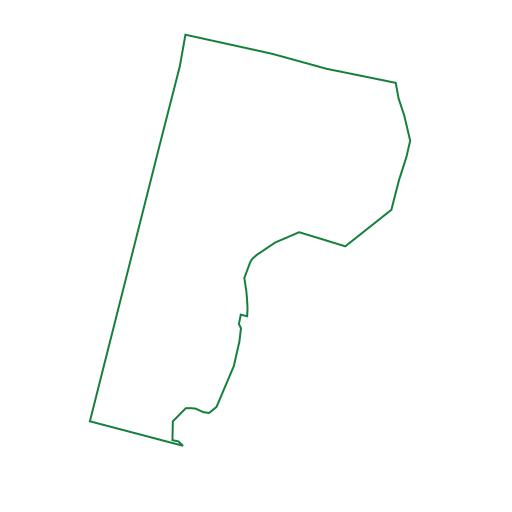 the district of Wahkiakum, Washington, United States of America, rotated 284°
{"feature_id": "52423323B48044581252464", "entity_name": "Wahkiakum", "entity_type": "district", "adm_level": 2, "iso_a3": "USA", "parent_name": "United States of America", "parent_adm1": "Washington", "projection": "equal_earth", "projection_center": [-123.489, 46.265], "detail": "fine", "context": "isolated", "style": "outline", "palette": "green", "viewbox_px": 512, "rotation_deg": 284, "n_neighbors": 0, "source": "geoboundaries", "source_scale": "gbopen_adm2", "svg_char_len": 659}
<svg xmlns="http://www.w3.org/2000/svg" viewBox="0 0 512 512"><g transform="rotate(284 256 256)"><path d="M343.7,135.7L55.4,134.8L54.2,231.1L57.3,225.6L57.1,219.5L75.5,215.3L85.7,221.4L91.3,224.7L92.7,230.0L93.3,234.3L91.7,242.9L92.4,248.5L100.0,254.2L143.8,261.1L168.8,260.6L182.3,258.9L185.8,255.9L195.4,255.4L195.4,262.0L202.9,260.5L212.1,257.7L220.1,254.9L231.8,250.0L248.7,251.9L252.5,253.2L257.3,256.5L273.8,271.4L289.5,292.1L287.0,340.3L333.6,376.2L339.6,376.2L364.3,376.4L388.8,378.0L405.2,377.7L427.9,366.0L443.6,356.1L457.8,349.7L454.7,279.3L456.1,222.7L453.6,134.0L421.4,136.2L343.7,135.7Z" fill="none" stroke="#15803d" stroke-width="2"/></g></svg>